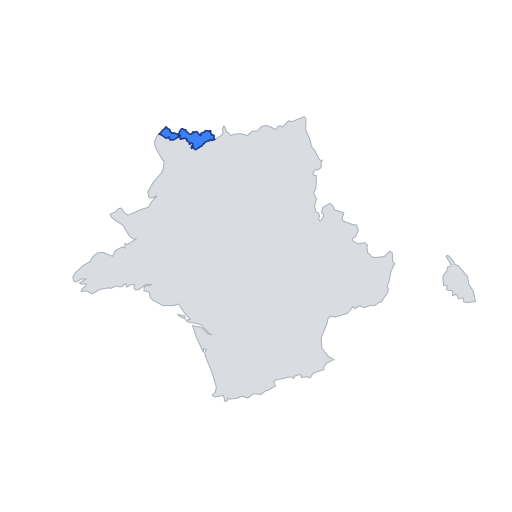 Nord highlighted on a map of France, rotated 327°
{"feature_id": "FRA-5330", "entity_name": "Nord", "entity_type": "Metropolitan department", "adm_level": 1, "iso_a3": "FRA", "parent_name": "France", "parent_adm1": "", "projection": "albers", "projection_center": [3.256, 50.528], "detail": "fine", "context": "in_parent", "style": "filled", "palette": "blue", "viewbox_px": 512, "rotation_deg": 327, "n_neighbors": 0, "source": "natural_earth", "source_scale": "10m", "svg_char_len": 7256}
<svg xmlns="http://www.w3.org/2000/svg" viewBox="0 0 512 512"><g transform="rotate(327 256 256)"><path d="M363.7,211.8L361.1,213.5L359.6,216.6L357.9,217.4L354.7,217.6L353.1,215.8L349.4,217.2L348.0,219.2L350.4,221.5L343.3,231.7L338.7,234.5L337.9,240.9L332.4,245.9L330.5,251.0L330.3,252.0L331.8,253.6L331.3,256.9L328.5,259.2L328.6,261.3L329.5,261.5L333.8,259.7L335.4,257.7L334.5,255.1L338.8,251.6L346.8,252.1L347.9,256.4L347.1,260.1L353.2,267.7L348.4,271.6L348.2,274.1L353.7,281.7L357.2,284.9L355.7,290.3L350.3,294.0L346.8,293.9L345.3,294.8L345.5,296.4L348.2,301.2L354.4,304.0L355.4,307.6L353.8,309.0L351.3,314.6L352.7,317.3L352.3,318.5L353.0,320.3L354.7,322.1L363.3,326.3L370.9,325.0L372.0,327.6L367.7,335.1L368.2,338.3L365.8,338.5L365.5,339.6L360.9,342.3L353.6,349.9L350.1,352.2L348.8,356.0L346.8,358.1L335.9,362.8L333.8,361.9L328.4,362.2L324.9,359.7L318.4,358.2L316.2,354.4L310.2,353.9L309.8,351.3L301.4,353.9L289.5,350.5L285.3,346.9L281.9,347.9L278.9,351.2L266.1,360.1L261.0,369.3L262.0,380.0L264.9,385.2L257.0,384.4L252.4,385.9L251.1,388.2L240.0,385.4L235.8,387.5L234.6,387.4L233.2,385.1L227.8,382.5L228.7,380.7L228.0,379.1L222.9,377.8L221.0,379.3L219.2,376.1L204.9,370.8L202.6,370.8L201.5,375.6L192.3,375.1L191.0,374.2L185.0,374.9L178.9,370.2L171.8,370.7L167.7,365.8L163.5,365.3L157.8,362.6L155.2,361.1L154.9,359.8L153.1,361.7L150.9,361.1L150.4,360.5L152.0,358.0L152.5,355.0L145.3,352.3L143.5,350.1L143.6,348.9L147.6,348.2L151.4,344.3L155.7,329.4L159.1,311.8L161.1,308.6L163.4,307.8L161.7,305.2L159.4,308.3L161.7,292.0L164.9,279.9L170.6,285.3L171.9,287.6L173.2,295.0L176.4,298.2L174.4,295.1L172.8,285.3L171.6,282.5L162.6,273.8L162.4,271.9L166.5,273.1L165.1,266.9L164.9,254.1L159.4,252.5L150.7,246.5L145.2,236.3L144.7,232.6L146.6,228.8L145.4,226.3L142.9,224.4L145.2,221.2L147.0,221.0L153.3,223.4L148.3,219.9L139.7,220.3L136.4,218.9L136.0,216.6L138.5,213.8L135.8,211.8L130.9,211.8L130.4,211.0L132.0,209.0L130.9,208.1L126.8,208.6L124.7,207.7L122.8,205.1L116.5,204.0L115.2,202.5L106.7,198.9L97.5,198.4L95.5,193.4L90.2,190.5L91.4,189.0L97.1,188.2L98.3,187.0L94.5,184.6L93.3,182.4L100.7,182.7L97.6,180.3L90.4,179.7L89.8,176.7L91.0,173.9L95.4,171.7L106.0,169.8L113.5,170.4L119.2,167.6L124.5,167.1L129.3,169.2L135.4,178.1L141.1,174.9L149.1,175.6L150.6,177.8L153.0,174.1L154.6,176.4L164.5,176.4L162.3,174.7L160.7,171.0L161.2,157.9L156.8,148.0L155.9,144.5L156.3,141.5L162.1,142.5L166.9,141.4L169.1,142.5L169.3,148.7L171.2,152.3L184.4,154.2L192.1,156.5L198.7,153.3L204.8,152.0L205.3,151.2L201.8,151.3L198.7,149.7L198.3,148.1L200.2,143.3L209.6,138.4L223.2,134.3L226.7,131.4L230.8,126.1L229.9,124.7L230.8,109.9L232.9,105.1L238.0,101.7L250.8,98.3L252.4,103.1L252.2,105.7L255.6,109.9L257.3,111.2L262.9,109.0L265.6,112.8L266.4,117.2L273.2,119.0L275.2,124.6L276.5,123.4L280.7,123.6L282.7,124.1L285.5,126.5L284.8,129.9L286.0,131.6L284.8,134.7L285.7,136.0L293.6,135.9L295.9,134.5L296.9,131.3L299.3,129.4L300.2,129.9L298.8,135.8L299.9,137.3L300.6,141.5L303.6,141.7L309.5,144.9L314.6,150.3L320.6,149.2L325.5,152.1L330.4,150.3L335.1,151.8L336.9,153.3L341.6,160.9L344.9,159.2L347.3,160.0L348.2,162.2L357.1,160.4L358.8,162.5L360.7,163.2L372.3,165.4L372.6,168.3L366.5,177.0L364.3,188.9L362.6,193.1L362.1,196.2L362.7,198.3L362.6,201.5L361.6,209.2L362.5,211.4L363.7,211.8ZM418.6,366.5L418.4,371.4L420.4,374.7L422.2,388.5L419.1,395.5L419.1,403.7L415.2,413.7L407.5,409.9L405.2,407.7L406.9,403.9L402.5,402.2L403.2,398.6L402.7,396.8L399.7,396.9L399.5,395.9L401.4,393.0L401.3,391.3L398.3,389.4L397.6,387.5L400.2,385.2L398.8,383.3L397.3,383.0L400.5,376.4L402.8,374.3L408.3,372.1L410.4,369.6L414.2,370.5L414.8,369.9L415.2,359.8L416.4,359.6L417.7,360.8L418.6,366.5ZM163.4,267.5L162.4,270.4L159.1,265.2L158.8,262.4L163.4,267.5Z" fill="#d9dde1" stroke="#a8b0b8" stroke-width="1"/><path d="M250.7,98.7L251.1,99.4L251.2,100.9L251.4,101.5L252.2,102.4L252.5,102.9L252.6,103.5L252.4,103.7L252.0,104.2L251.8,104.5L252.2,106.0L252.0,106.5L252.1,106.8L252.3,106.9L252.4,107.1L252.6,107.5L252.9,107.7L253.2,107.8L253.4,107.8L253.7,107.8L253.9,107.8L254.2,107.9L254.3,108.1L254.4,108.4L254.5,108.6L255.3,109.4L255.4,109.6L255.7,110.2L255.8,110.5L256.2,110.8L257.9,111.6L258.0,111.6L258.3,111.7L258.6,111.5L259.2,110.4L259.6,110.0L260.1,109.7L261.2,109.3L262.8,108.8L263.4,109.0L263.7,109.3L264.1,109.9L264.4,110.5L264.6,111.1L264.8,111.3L265.1,111.3L265.4,111.4L265.6,111.7L265.8,112.5L265.5,113.1L265.7,114.0L266.2,115.9L266.3,117.0L266.4,117.3L266.7,117.8L267.0,118.0L267.9,118.5L268.3,118.6L268.8,118.5L269.7,118.2L270.0,117.9L270.2,117.7L270.4,117.6L270.7,117.6L271.0,117.7L271.2,117.8L271.1,118.1L270.9,118.5L271.2,118.7L272.5,118.7L273.0,118.8L273.5,119.0L273.9,119.4L274.3,120.0L274.4,121.3L274.5,122.8L274.6,124.2L275.4,124.9L275.5,124.7L275.8,124.3L276.2,123.6L276.3,123.4L276.6,123.3L277.5,123.2L278.4,123.3L278.9,123.5L279.2,123.8L279.6,124.0L280.1,124.0L281.4,123.4L281.9,123.3L282.3,123.5L283.0,124.3L283.5,124.5L283.9,124.9L284.5,126.2L284.9,126.4L285.0,126.2L285.0,125.8L285.3,125.6L285.5,125.7L285.8,125.9L286.0,126.1L286.2,126.3L286.1,126.7L285.9,126.9L285.4,127.3L285.2,127.6L285.1,127.9L285.0,128.5L284.6,129.9L284.6,130.5L284.9,130.6L285.3,130.4L285.5,130.4L285.7,130.5L286.1,131.9L286.2,132.2L286.4,132.5L285.9,133.0L285.4,133.3L285.0,133.7L284.8,133.9L284.7,134.1L284.7,134.5L284.8,134.6L284.9,135.1L284.9,135.6L284.7,135.5L284.4,135.6L284.2,135.7L283.7,135.7L281.9,135.0L281.7,134.9L281.6,134.7L281.6,134.4L281.6,133.7L281.4,133.4L281.1,133.3L280.7,133.5L280.4,133.6L280.2,133.7L279.9,134.0L279.7,134.1L279.3,133.9L279.1,133.6L278.8,133.3L276.6,133.1L275.7,132.8L275.4,132.8L275.2,132.8L274.5,133.2L274.3,133.4L274.0,133.5L273.7,133.6L273.3,133.5L272.8,133.2L272.6,133.1L272.4,133.2L271.8,133.6L271.6,133.7L271.3,133.8L271.1,133.9L271.0,134.0L270.8,134.2L270.5,134.3L270.2,134.3L269.3,134.1L268.8,133.8L268.5,133.7L268.3,133.7L268.1,133.9L267.9,134.0L267.6,134.2L267.3,134.2L266.1,133.9L265.4,133.9L263.9,134.2L262.6,133.2L262.5,132.4L263.3,128.7L263.5,128.2L264.1,127.6L264.2,127.4L264.2,127.1L264.1,126.9L263.5,126.2L263.1,125.9L262.7,125.8L262.3,125.9L261.5,126.3L261.3,126.3L261.0,125.9L261.1,125.6L261.2,125.2L261.9,124.6L261.9,124.3L261.9,123.9L261.6,123.3L261.0,122.7L260.7,122.2L260.8,121.5L261.5,121.0L261.8,120.7L261.9,120.1L261.7,119.9L261.0,119.8L260.7,119.3L260.6,118.7L260.5,118.4L260.3,118.2L260.1,118.0L259.8,117.9L258.8,118.1L258.5,117.8L258.4,117.5L258.1,117.2L257.7,117.1L256.9,117.4L256.6,117.3L256.5,117.2L256.3,117.0L256.2,116.8L256.2,116.6L256.2,116.4L256.3,116.2L256.5,116.0L256.6,115.6L256.6,114.9L256.7,114.5L256.9,114.2L257.3,114.0L257.6,113.9L257.9,113.9L257.3,113.0L256.9,112.7L256.5,112.6L256.1,112.9L255.5,113.7L255.1,114.0L254.9,114.0L254.6,113.9L249.9,113.7L249.6,113.6L248.6,112.6L248.2,112.4L247.7,112.4L247.4,112.3L247.3,112.1L247.3,111.8L247.4,111.4L247.4,111.2L247.3,110.9L247.2,110.8L247.1,110.6L247.1,110.2L247.4,109.8L247.7,109.5L247.9,109.1L247.7,108.8L247.3,108.6L245.4,108.6L244.8,108.4L244.4,107.9L243.7,105.5L242.0,102.0L241.1,101.0L242.6,100.8L246.2,99.7L246.4,99.6L246.6,99.5L247.9,99.7L249.6,99.3L250.4,98.9L250.7,98.7L250.7,98.7ZM261.9,129.0L262.1,129.7L262.1,130.5L261.6,130.6L261.0,130.8L260.6,130.7L260.7,129.8L261.0,129.8L261.4,129.7L261.7,129.4L261.9,129.0Z" fill="#3b82f6" stroke="#1e3a8a" stroke-width="1.5"/></g></svg>